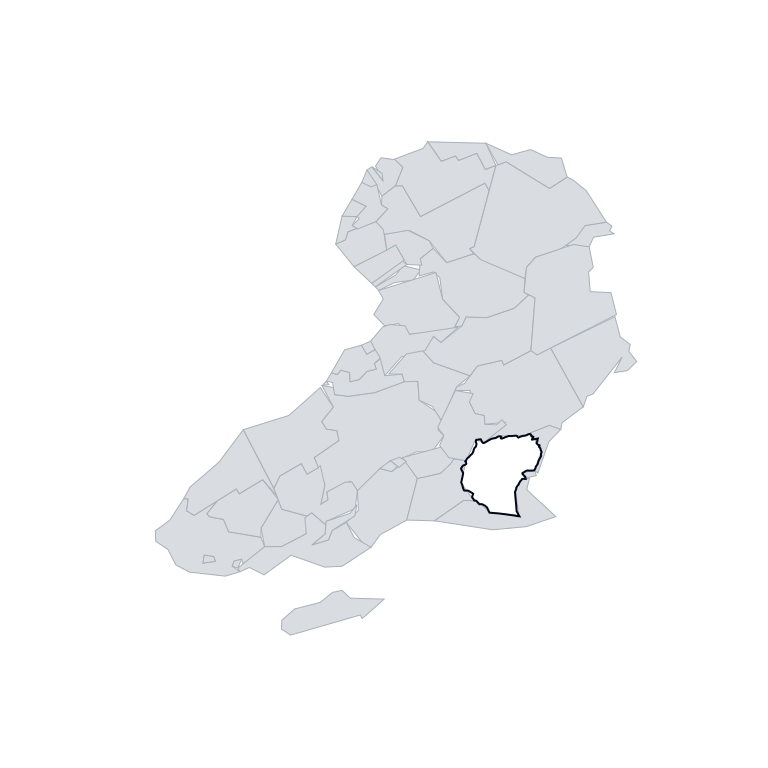 where Ethiopia sits in Africa, rotated 61°
{"feature_id": "ETH", "entity_name": "Ethiopia", "entity_type": "country or territory", "adm_level": 0, "iso_a3": "ETH", "parent_name": "Africa", "parent_adm1": "", "projection": "equal_earth", "projection_center": [38.934, 9.154], "detail": "fine", "context": "in_parent", "style": "outline", "palette": "ink", "viewbox_px": 768, "rotation_deg": 61, "n_neighbors": 49, "source": "natural_earth", "source_scale": "50m", "svg_char_len": 13741}
<svg xmlns="http://www.w3.org/2000/svg" viewBox="0 0 768 768"><g transform="rotate(61 384 384)"><path d="M482.8,400.6L514.0,430.1L513.9,460.2L520.5,474.6L515.8,479.2L486.9,484.1L482.0,467.5L464.4,459.0L457.7,444.7L456.0,428.7L464.3,419.7L462.3,402.0L482.8,400.6Z" fill="#d9dde1" stroke="#a8b0b8" stroke-width="1"/><path d="M247.2,180.2L245.6,191.5L227.3,191.1L224.7,210.4L219.3,211.0L217.1,225.9L193.3,228.4L222.9,178.1L247.2,180.2Z" fill="#d9dde1" stroke="#a8b0b8" stroke-width="1"/><path d="M456.0,428.7L464.4,459.0L452.7,460.5L450.8,486.2L458.1,489.2L458.7,497.7L443.8,484.8L414.5,480.7L411.5,450.8L401.9,448.0L395.7,456.3L386.7,456.9L379.6,439.6L355.3,438.9L363.5,428.7L369.3,432.4L377.5,421.1L387.0,396.4L392.5,359.7L398.0,353.1L415.2,361.1L434.4,351.4L444.5,351.5L450.6,359.0L458.2,356.6L466.7,375.5L459.1,388.3L456.0,428.7Z" fill="#d9dde1" stroke="#a8b0b8" stroke-width="1"/><path d="M528.0,406.4L524.4,370.9L531.2,359.5L547.8,353.4L564.3,329.7L540.2,320.4L533.6,309.4L536.9,302.4L545.6,310.4L583.3,298.0L577.6,329.0L564.2,359.6L528.0,406.4Z" fill="#d9dde1" stroke="#a8b0b8" stroke-width="1"/><path d="M514.0,430.1L482.8,400.6L489.5,377.9L483.4,359.3L491.0,349.4L507.6,364.5L529.6,362.0L524.4,370.9L528.0,406.4L514.0,430.1Z" fill="#d9dde1" stroke="#a8b0b8" stroke-width="1"/><path d="M428.2,327.9L423.8,324.4L421.8,322.2L422.5,313.2L413.5,293.6L420.4,269.5L425.4,270.0L426.2,236.1L432.7,236.1L433.2,220.8L500.6,220.8L504.1,246.8L509.4,251.5L500.4,259.6L496.9,286.0L485.1,309.0L483.4,324.3L476.3,296.3L468.1,315.4L460.2,311.6L454.1,318.7L441.1,318.1L431.4,311.8L424.3,324.8L428.2,327.9Z" fill="#d9dde1" stroke="#a8b0b8" stroke-width="1"/><path d="M426.0,239.3L425.4,270.0L420.4,269.5L413.5,293.6L418.6,304.9L389.5,330.5L373.7,334.2L366.3,317.5L375.2,314.1L371.0,287.8L365.1,279.7L375.7,262.1L380.9,233.1L376.0,214.2L381.9,210.1L426.0,239.3Z" fill="#d9dde1" stroke="#a8b0b8" stroke-width="1"/><path d="M387.2,614.7L389.6,611.0L399.2,618.1L406.8,613.8L405.3,586.2L411.7,601.7L415.6,600.9L424.7,590.0L437.9,591.6L458.4,565.9L468.4,567.2L472.9,583.2L472.6,594.3L468.2,593.5L466.3,601.0L469.8,605.1L478.3,601.0L475.1,616.0L454.2,645.4L441.3,653.8L424.0,653.2L411.0,659.9L401.5,655.2L399.2,637.3L387.2,614.7ZM457.3,617.5L452.3,616.7L446.6,624.2L452.9,629.2L457.3,617.5Z" fill="#d9dde1" stroke="#a8b0b8" stroke-width="1"/><path d="M457.3,617.5L452.9,629.2L446.6,624.2L452.3,616.7L457.3,617.5Z" fill="#d9dde1" stroke="#a8b0b8" stroke-width="1"/><path d="M468.4,567.2L450.3,561.3L433.8,532.5L444.0,534.1L462.3,515.2L477.3,524.6L476.6,552.3L468.4,567.2Z" fill="#d9dde1" stroke="#a8b0b8" stroke-width="1"/><path d="M458.4,565.9L437.9,591.6L424.7,590.0L415.6,600.9L411.7,601.7L405.3,586.2L404.2,564.1L409.8,563.8L408.9,536.5L433.8,532.5L450.3,561.3L458.4,565.9Z" fill="#d9dde1" stroke="#a8b0b8" stroke-width="1"/><path d="M404.2,564.1L406.8,613.8L399.2,618.1L389.6,611.0L387.2,614.7L380.1,603.6L372.3,566.1L355.7,529.2L432.6,531.3L408.9,536.5L409.8,563.8L404.2,564.1Z" fill="#d9dde1" stroke="#a8b0b8" stroke-width="1"/><path d="M189.2,285.7L184.7,276.9L194.7,263.5L203.7,262.4L216.2,277.8L218.7,294.7L188.7,295.2L188.2,289.2L205.8,286.4L189.2,285.7Z" fill="#d9dde1" stroke="#a8b0b8" stroke-width="1"/><path d="M218.7,294.7L216.2,277.8L219.6,271.8L255.2,270.9L257.2,198.4L265.8,198.3L307.6,238.5L307.3,243.4L313.7,242.6L308.3,270.4L280.7,275.0L262.9,286.7L253.4,311.0L238.0,312.3L232.6,295.8L226.3,299.4L218.7,294.7Z" fill="#d9dde1" stroke="#a8b0b8" stroke-width="1"/><path d="M193.3,228.4L217.1,225.9L219.3,211.0L224.7,210.4L227.3,191.1L245.6,191.5L247.2,180.2L265.8,198.3L257.2,198.4L255.2,270.9L219.6,271.8L216.2,277.8L203.7,262.4L192.4,265.9L196.9,235.4L193.3,228.4Z" fill="#d9dde1" stroke="#a8b0b8" stroke-width="1"/><path d="M299.6,343.4L294.8,344.4L294.3,320.8L289.5,310.2L302.3,296.4L307.3,308.2L300.3,325.7L299.6,343.4Z" fill="#d9dde1" stroke="#a8b0b8" stroke-width="1"/><path d="M376.0,214.2L380.9,233.1L375.7,262.1L365.1,279.7L371.0,287.8L368.3,294.4L362.3,285.7L338.4,291.7L318.0,283.6L310.1,286.2L306.5,300.9L291.9,291.5L289.1,275.3L308.3,270.4L313.7,242.6L360.1,209.6L371.8,217.1L376.0,214.2Z" fill="#d9dde1" stroke="#a8b0b8" stroke-width="1"/><path d="M299.6,343.4L311.7,284.5L338.4,291.7L362.3,285.7L370.5,297.6L352.9,337.7L338.1,342.0L333.5,355.2L318.2,359.2L309.2,343.3L299.6,343.4Z" fill="#d9dde1" stroke="#a8b0b8" stroke-width="1"/><path d="M370.3,291.5L375.2,314.1L366.3,317.5L374.7,332.1L368.7,355.5L377.1,379.3L340.1,374.9L333.4,357.4L335.1,349.6L343.4,337.3L352.9,337.7L370.3,291.5Z" fill="#d9dde1" stroke="#a8b0b8" stroke-width="1"/><path d="M290.5,306.1L294.8,344.4L290.0,346.0L284.8,308.4L290.5,306.1Z" fill="#d9dde1" stroke="#a8b0b8" stroke-width="1"/><path d="M285.4,305.9L290.0,346.0L266.8,353.4L268.0,306.4L285.4,305.9Z" fill="#d9dde1" stroke="#a8b0b8" stroke-width="1"/><path d="M238.0,312.3L248.8,309.8L268.2,316.7L266.8,353.4L238.2,358.4L239.3,347.8L233.4,341.8L238.0,312.3Z" fill="#d9dde1" stroke="#a8b0b8" stroke-width="1"/><path d="M206.1,293.6L226.3,299.4L232.6,295.8L238.0,312.3L235.6,332.2L230.1,335.1L227.3,325.4L222.8,326.9L219.9,313.6L207.0,322.6L196.9,305.7L206.1,293.6Z" fill="#d9dde1" stroke="#a8b0b8" stroke-width="1"/><path d="M188.7,295.2L206.1,293.6L205.4,299.7L196.9,305.7L188.7,295.2Z" fill="#d9dde1" stroke="#a8b0b8" stroke-width="1"/><path d="M234.7,332.2L233.4,341.8L239.3,347.8L238.2,358.4L216.8,339.3L224.5,326.5L230.1,335.1L234.7,332.2Z" fill="#d9dde1" stroke="#a8b0b8" stroke-width="1"/><path d="M207.0,322.6L219.9,313.6L224.5,326.5L216.8,339.3L207.0,322.6Z" fill="#d9dde1" stroke="#a8b0b8" stroke-width="1"/><path d="M253.4,311.0L261.2,288.6L280.7,275.0L289.1,275.3L291.9,291.5L298.5,293.3L290.5,306.1L268.0,306.4L268.2,316.7L253.4,311.0Z" fill="#d9dde1" stroke="#a8b0b8" stroke-width="1"/><path d="M444.5,351.5L427.1,352.5L415.2,361.1L398.0,353.1L391.9,365.2L384.2,363.5L377.5,375.0L368.6,349.8L373.7,334.2L389.5,330.5L418.6,304.9L421.8,322.2L444.5,351.5Z" fill="#d9dde1" stroke="#a8b0b8" stroke-width="1"/><path d="M391.9,365.2L387.0,396.4L377.5,421.1L369.3,432.4L357.7,428.2L353.6,433.0L348.7,424.6L353.1,420.2L350.9,415.0L357.3,408.5L365.6,412.6L368.1,403.6L364.7,392.7L367.2,383.5L361.4,382.6L360.2,375.0L377.1,379.3L384.2,363.5L391.9,365.2Z" fill="#d9dde1" stroke="#a8b0b8" stroke-width="1"/><path d="M349.6,375.1L359.5,374.6L361.4,382.6L367.2,383.5L364.7,392.7L368.1,403.6L365.6,412.6L357.3,408.5L350.9,415.0L353.1,420.2L348.7,424.6L335.0,401.8L339.1,385.0L349.6,384.6L349.6,375.1Z" fill="#d9dde1" stroke="#a8b0b8" stroke-width="1"/><path d="M340.1,374.9L349.6,375.1L349.6,384.6L339.1,385.0L340.1,374.9Z" fill="#d9dde1" stroke="#a8b0b8" stroke-width="1"/><path d="M464.4,459.0L479.0,469.6L476.1,501.2L479.2,503.3L461.7,509.7L462.3,515.2L444.0,534.1L421.9,530.9L413.9,519.7L413.5,494.9L425.6,495.0L424.7,479.4L443.8,484.8L458.7,497.7L458.1,489.2L450.8,486.2L451.0,465.6L454.2,459.6L464.4,459.0Z" fill="#d9dde1" stroke="#a8b0b8" stroke-width="1"/><path d="M476.3,466.1L485.2,473.4L487.0,500.2L493.6,508.2L489.9,525.3L486.5,508.3L476.1,501.2L480.6,476.3L476.3,466.1Z" fill="#d9dde1" stroke="#a8b0b8" stroke-width="1"/><path d="M486.9,484.1L503.9,484.5L520.5,474.6L523.1,508.9L515.4,524.7L488.7,548.3L492.8,581.4L479.2,590.7L478.3,601.0L474.1,601.0L468.4,567.2L476.6,552.3L477.3,524.6L462.7,518.1L461.7,509.7L479.2,503.3L486.5,508.3L489.9,525.3L493.6,508.2L487.0,500.2L486.9,484.1Z" fill="#d9dde1" stroke="#a8b0b8" stroke-width="1"/><path d="M474.1,601.0L469.8,605.1L466.3,601.0L468.2,593.5L474.1,601.0Z" fill="#d9dde1" stroke="#a8b0b8" stroke-width="1"/><path d="M353.6,433.0L357.8,432.6L355.3,438.9L353.6,433.0ZM356.2,441.4L379.6,439.6L386.7,456.9L395.7,456.3L401.9,448.0L411.5,450.8L414.5,480.7L425.4,481.9L425.6,495.0L413.5,494.9L413.9,519.7L421.9,530.9L355.7,529.2L365.4,482.3L356.2,441.4Z" fill="#d9dde1" stroke="#a8b0b8" stroke-width="1"/><path d="M462.6,412.2L464.3,419.7L456.0,428.7L454.1,415.5L462.6,412.2Z" fill="#d9dde1" stroke="#a8b0b8" stroke-width="1"/><path d="M572.2,488.2L578.6,516.8L574.5,516.8L558.3,587.5L548.7,592.5L541.1,587.9L537.4,571.2L544.1,545.6L541.3,530.0L544.2,520.7L555.0,517.3L572.2,488.2Z" fill="#d9dde1" stroke="#a8b0b8" stroke-width="1"/><path d="M188.2,289.2L198.9,283.5L205.8,286.4L188.2,289.2Z" fill="#d9dde1" stroke="#a8b0b8" stroke-width="1"/><path d="M350.4,158.6L342.9,131.2L350.3,111.0L356.4,108.1L359.4,112.5L364.2,109.9L357.2,129.5L363.5,138.1L350.4,158.6Z" fill="#d9dde1" stroke="#a8b0b8" stroke-width="1"/><path d="M247.2,180.2L248.9,169.4L293.2,144.4L291.8,123.5L297.6,119.6L312.9,113.4L350.3,111.0L342.9,131.2L349.5,145.5L351.6,165.1L346.6,189.9L351.1,202.8L360.1,209.6L322.1,239.2L307.3,243.4L307.6,238.5L247.2,180.2Z" fill="#d9dde1" stroke="#a8b0b8" stroke-width="1"/><path d="M497.9,279.3L500.4,259.6L509.4,251.5L514.3,267.6L536.5,292.7L532.3,294.0L518.7,278.5L497.9,279.3Z" fill="#d9dde1" stroke="#a8b0b8" stroke-width="1"/><path d="M222.9,178.1L245.3,161.4L250.0,142.2L265.0,131.1L272.4,119.3L291.8,123.5L293.2,144.4L248.9,169.4L247.6,178.1L222.9,178.1Z" fill="#d9dde1" stroke="#a8b0b8" stroke-width="1"/><path d="M500.6,220.8L433.2,220.8L437.1,149.4L457.4,154.5L468.9,149.5L474.2,154.1L486.8,152.0L490.3,164.6L485.8,177.0L475.9,162.7L494.1,206.2L493.1,212.4L500.6,220.8Z" fill="#d9dde1" stroke="#a8b0b8" stroke-width="1"/><path d="M435.9,147.0L432.7,236.1L426.0,239.3L381.9,210.1L371.8,217.1L351.1,202.8L346.6,189.9L353.8,150.8L363.5,138.1L383.3,144.4L385.3,150.8L403.2,158.9L414.1,141.2L435.9,147.0Z" fill="#d9dde1" stroke="#a8b0b8" stroke-width="1"/><path d="M532.3,294.0L537.9,295.2L534.8,306.6L528.9,305.7L532.3,294.0Z" fill="#d9dde1" stroke="#a8b0b8" stroke-width="1"/><path d="M482.8,400.6L457.3,403.7L467.2,363.0L483.4,359.3L486.2,364.8L489.5,377.9L482.8,400.6Z" fill="#d9dde1" stroke="#a8b0b8" stroke-width="1"/><path d="M462.3,402.0L464.3,411.2L454.1,415.5L455.6,405.9L462.3,402.0Z" fill="#d9dde1" stroke="#a8b0b8" stroke-width="1"/><path d="M464.7,365.2L458.2,356.6L448.0,358.1L424.3,324.8L435.6,310.7L441.1,318.1L454.1,318.7L460.2,311.6L468.1,315.4L474.3,305.4L472.4,298.4L479.0,296.8L483.4,324.3L477.3,331.4L491.0,349.4L479.8,363.0L464.7,365.2Z" fill="#d9dde1" stroke="#a8b0b8" stroke-width="1"/><path d="M490.9,349.5L490.8,349.4L490.3,348.8L489.8,348.1L489.5,347.3L489.2,346.6L489.1,345.1L488.7,344.2L488.3,343.1L487.8,341.0L487.6,340.3L487.2,339.8L486.7,339.3L486.3,338.4L485.1,337.6L484.6,336.9L483.8,335.8L483.6,335.2L483.6,334.7L483.3,334.1L482.9,333.6L481.5,332.3L481.1,332.1L480.6,332.0L479.9,331.9L478.9,331.6L478.1,331.1L477.7,330.7L477.7,330.1L478.0,329.4L478.6,327.7L479.0,326.6L479.3,326.2L480.0,326.2L480.8,326.2L481.4,326.3L482.2,326.3L483.2,326.2L483.6,325.8L483.9,325.4L484.1,325.1L484.1,324.4L484.1,323.8L484.1,321.5L484.0,320.1L484.0,318.5L484.0,318.2L484.0,317.8L484.2,316.1L484.5,315.1L484.6,314.6L485.3,312.9L485.4,312.4L485.4,311.9L485.2,309.8L485.6,308.7L486.1,307.7L486.6,307.3L486.9,307.0L487.1,307.1L487.5,307.6L488.1,308.1L488.4,308.0L488.7,307.6L489.0,307.1L489.0,306.4L489.3,304.8L489.2,303.9L489.5,302.8L489.8,301.2L489.9,300.2L490.1,299.7L490.9,298.6L491.7,297.0L492.1,295.9L493.0,294.0L493.4,293.3L493.8,293.0L494.3,292.9L495.3,292.7L495.9,292.5L496.1,292.3L496.1,291.9L496.1,291.1L496.3,289.7L496.6,288.3L496.9,287.2L497.1,286.7L497.4,286.3L497.6,285.5L498.0,283.8L497.9,282.7L498.4,280.6L498.5,280.6L499.3,280.2L500.1,280.1L500.8,280.4L501.3,280.4L501.5,280.3L501.8,280.0L501.9,279.4L502.3,279.1L502.7,279.0L503.2,279.7L504.1,281.4L504.3,281.4L504.5,281.4L504.9,280.1L505.3,279.0L505.9,277.0L506.3,275.9L506.7,276.3L507.0,276.8L507.4,277.1L507.8,277.3L508.0,277.3L508.3,277.5L509.2,278.9L509.5,279.2L509.9,279.3L511.7,278.8L512.7,278.0L512.9,277.7L513.2,277.7L513.6,278.0L513.7,278.4L513.9,278.8L514.3,278.9L515.4,278.6L515.9,278.4L516.3,278.5L516.8,278.7L517.2,278.7L518.0,279.1L518.9,279.0L519.4,279.0L519.9,279.2L520.6,279.9L521.6,280.8L523.0,281.4L523.3,281.7L524.0,282.7L525.1,284.6L526.5,286.5L528.0,287.9L528.8,288.9L529.4,290.2L529.9,291.3L530.5,291.8L531.0,292.2L531.5,293.0L531.9,293.8L532.4,294.6L531.9,295.7L531.1,297.2L530.2,298.9L530.0,299.3L529.2,300.4L529.1,300.7L528.9,301.4L528.9,302.8L529.0,304.6L529.1,306.2L529.5,306.4L530.0,306.5L530.6,306.3L531.3,306.1L532.1,306.0L533.0,305.7L533.5,305.4L534.1,305.5L534.6,305.7L534.9,306.0L535.2,306.1L535.7,306.1L535.6,306.4L535.3,306.8L535.0,307.3L534.7,307.7L534.1,309.0L534.2,309.5L534.5,310.1L534.9,311.0L535.1,311.9L535.2,312.3L535.6,312.8L536.2,313.8L536.6,314.5L537.2,314.9L537.4,315.7L537.9,317.0L538.5,318.0L539.0,318.8L539.6,319.1L539.8,319.1L541.0,320.6L541.9,321.7L542.2,321.9L543.8,322.6L545.7,323.5L547.3,324.2L549.2,325.0L551.2,325.9L553.0,326.7L555.5,327.8L557.6,328.8L559.2,329.5L559.5,329.7L561.4,329.7L563.4,329.7L565.4,329.7L564.0,331.6L562.3,333.7L560.6,335.9L559.5,337.4L557.8,339.7L556.3,341.6L554.9,343.6L553.5,345.5L551.7,348.1L550.6,349.8L548.8,352.4L547.7,354.1L545.9,354.1L544.3,353.9L542.3,353.8L542.1,353.8L541.5,353.9L541.2,354.1L539.7,354.5L538.3,355.4L537.0,356.2L536.4,356.9L535.9,357.8L535.7,358.5L535.1,359.0L532.5,359.6L531.8,359.7L530.6,360.2L529.9,361.1L529.7,361.5L528.9,361.5L527.4,361.6L526.7,361.7L526.4,361.8L525.8,361.8L525.4,361.6L525.1,361.4L524.7,360.9L523.8,359.8L523.2,359.2L521.8,359.9L520.5,360.7L518.7,361.7L517.7,362.5L517.4,363.3L516.6,364.7L515.9,365.5L515.7,365.6L514.1,365.4L513.5,365.3L512.6,365.1L511.3,364.8L510.5,364.5L509.6,364.4L508.2,364.3L507.4,364.1L506.6,363.3L505.5,362.4L504.4,361.4L503.3,360.4L501.9,359.3L500.5,358.1L500.1,357.9L498.4,357.9L496.7,357.8L495.6,357.8L495.3,357.6L495.0,357.3L494.7,356.4L494.2,355.8L493.8,354.9L493.7,353.8L493.9,352.6L494.0,352.2L493.9,351.8L493.9,351.2L493.7,350.7L492.0,350.1L491.8,350.1L491.5,350.3L491.2,350.5L491.0,350.4L490.8,350.1L490.8,349.8L490.9,349.5Z" fill="none" stroke="#020617" stroke-width="2"/></g></svg>